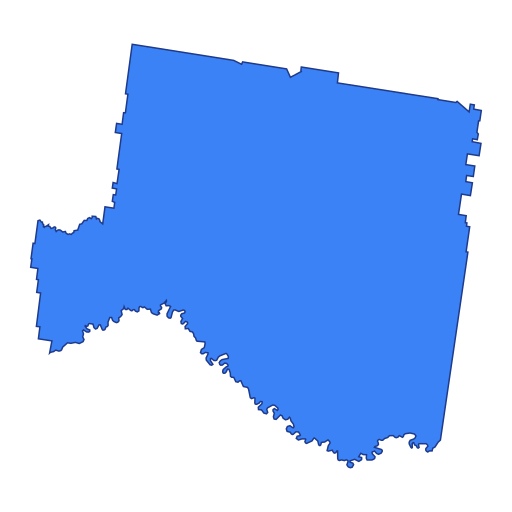 Berrigan, New South Wales, Australia (Equal Earth projection)
{"feature_id": "25037944B79892386490083", "entity_name": "Berrigan", "entity_type": "district", "adm_level": 2, "iso_a3": "AUS", "parent_name": "Australia", "parent_adm1": "New South Wales", "projection": "equal_earth", "projection_center": [145.601, -35.752], "detail": "fine", "context": "isolated", "style": "filled", "palette": "blue", "viewbox_px": 512, "rotation_deg": 0, "n_neighbors": 0, "source": "geoboundaries", "source_scale": "gbopen_adm2", "svg_char_len": 6020}
<svg xmlns="http://www.w3.org/2000/svg" viewBox="0 0 512 512"><path d="M132.2,44.3L125.5,93.8L127.9,94.2L125.4,112.8L123.6,112.7L122.1,124.3L116.6,123.4L115.3,132.5L121.7,133.5L116.9,169.0L119.1,169.4L117.0,183.6L113.1,182.5L112.3,188.1L116.6,188.9L115.7,195.0L113.3,194.6L112.3,201.3L114.7,202.4L113.9,208.2L105.0,206.8L102.7,223.9L99.9,221.6L99.8,220.3L98.9,218.8L97.1,218.3L96.4,218.9L95.8,216.5L92.2,216.2L92.2,217.6L91.2,218.7L89.6,217.6L87.7,218.5L86.8,220.5L84.2,220.4L81.7,223.9L79.7,224.3L77.7,230.1L74.1,230.7L73.7,232.6L72.5,233.1L71.3,234.4L69.6,233.9L67.9,234.4L66.0,233.1L65.4,231.5L62.7,232.0L60.5,230.2L58.9,229.8L57.4,230.3L56.2,231.5L55.3,229.8L55.8,228.0L55.4,227.2L54.2,226.9L53.1,227.9L51.0,228.4L49.8,226.5L48.3,226.1L48.5,224.7L45.9,226.5L44.8,226.4L44.2,227.3L43.4,226.6L43.6,224.5L42.6,223.8L42.4,222.1L41.4,222.1L39.9,220.1L38.0,220.7L34.9,243.5L33.1,243.2L31.0,258.7L31.9,258.8L30.7,267.3L37.9,268.5L36.5,279.4L38.4,279.7L36.7,292.4L40.6,293.0L36.4,326.4L39.9,326.8L38.4,338.8L51.9,340.9L49.6,353.1L50.5,352.3L53.6,351.6L55.7,350.1L58.9,351.1L60.8,350.6L61.6,349.8L62.7,347.1L67.5,342.8L70.8,343.3L75.4,342.4L79.3,343.5L83.1,341.6L84.0,339.5L82.7,336.9L83.5,333.9L82.5,330.9L83.6,329.9L86.4,331.9L88.5,332.1L89.7,331.5L89.8,330.0L87.0,328.8L85.1,326.3L85.3,325.6L86.6,326.3L87.8,326.0L88.6,324.0L89.3,323.5L93.0,324.1L94.0,327.6L95.5,329.0L97.1,328.4L99.0,324.9L100.3,324.8L102.1,329.2L102.6,330.0L103.9,330.1L105.0,329.4L106.0,326.9L107.4,326.5L108.1,325.4L108.0,322.1L109.8,317.5L111.6,317.5L112.6,320.3L113.9,321.5L116.3,322.6L117.7,322.3L119.0,320.8L118.7,317.9L120.6,316.6L122.1,314.6L121.2,310.6L123.7,308.6L124.1,306.7L125.0,309.0L125.7,309.5L126.9,309.5L128.0,308.2L130.8,310.5L131.9,310.8L133.3,309.6L134.5,309.7L135.4,311.1L137.3,311.9L138.9,310.9L139.0,307.7L139.7,306.6L140.7,306.5L142.9,307.7L144.4,306.9L147.2,309.3L150.4,309.1L151.5,312.6L153.2,313.8L157.1,315.1L159.6,313.6L159.2,312.5L158.7,312.5L159.0,313.5L158.3,312.6L158.5,310.8L161.4,308.8L161.6,307.3L160.4,306.0L160.5,304.9L164.0,303.1L166.4,300.4L166.5,301.2L165.2,303.8L166.2,305.8L169.1,305.6L170.6,306.5L167.0,313.9L167.1,316.2L168.5,317.8L170.1,318.2L171.0,317.7L172.5,311.9L173.8,310.0L175.1,309.9L178.8,311.5L183.3,310.0L184.6,310.5L185.1,311.8L184.6,312.9L181.7,313.8L180.7,315.2L180.8,316.4L182.6,318.6L180.9,321.4L181.3,323.5L182.4,324.0L183.4,323.6L185.5,321.4L187.2,322.0L187.7,323.0L187.4,323.9L185.1,326.5L185.3,328.8L188.3,328.5L190.0,331.4L192.4,331.9L193.6,333.8L194.0,336.3L195.6,338.0L196.3,340.4L197.0,341.2L204.8,341.9L205.1,343.6L204.3,347.6L201.4,349.5L200.5,352.6L201.8,353.8L203.2,353.7L205.4,352.4L208.0,352.8L208.0,354.1L206.1,358.0L206.3,360.1L210.1,364.8L211.7,365.2L212.9,364.3L210.4,360.6L210.5,358.5L211.4,358.4L214.0,360.5L215.7,360.6L216.7,360.2L218.3,357.1L220.0,355.8L226.0,353.4L226.9,354.0L228.4,356.5L228.2,358.4L222.1,359.6L220.3,360.9L219.2,362.6L219.8,364.5L220.7,365.2L222.5,365.0L224.6,363.1L226.6,363.4L228.1,365.1L227.9,366.2L226.3,366.8L223.2,369.5L222.7,371.2L222.9,372.6L223.4,373.2L224.9,373.2L226.2,371.9L227.5,369.1L229.0,369.3L230.3,373.0L230.5,376.3L231.5,377.2L233.8,377.4L235.8,381.7L238.0,382.2L239.6,380.8L240.8,380.7L243.4,386.5L247.6,387.4L248.6,389.3L250.3,397.7L251.6,398.6L254.0,397.7L255.0,398.2L254.8,402.9L255.3,404.1L256.7,404.3L259.1,403.1L260.4,401.5L262.0,401.6L262.2,402.5L261.8,403.9L258.3,407.2L258.5,409.6L261.5,409.9L263.9,413.1L266.5,413.8L267.7,412.4L266.7,409.4L267.5,407.9L272.7,405.0L274.7,405.3L277.8,408.0L278.1,409.5L277.3,410.4L274.4,408.6L273.1,409.5L273.0,411.0L274.3,413.2L273.4,416.8L274.1,419.0L276.1,419.4L280.4,415.0L282.1,415.8L283.1,418.2L285.5,419.8L287.8,419.2L289.4,417.2L290.2,418.0L291.0,420.9L293.4,424.1L294.0,426.6L293.5,427.7L292.6,427.6L289.9,425.7L287.4,426.5L286.3,428.9L287.1,431.4L290.2,432.2L291.3,433.9L292.4,434.5L293.3,434.2L295.9,431.8L298.6,432.0L300.4,435.1L299.9,435.7L297.2,436.2L296.3,438.4L298.4,440.0L301.9,438.9L305.4,438.9L305.7,439.4L304.9,441.7L305.6,443.0L306.6,443.4L312.0,440.9L313.8,438.2L314.4,438.0L317.8,441.0L318.7,444.9L319.9,445.6L320.7,445.0L321.4,442.4L324.7,442.0L328.0,439.9L329.7,441.6L330.1,443.0L328.3,445.7L327.1,450.6L328.3,451.1L332.2,450.2L333.7,452.7L334.5,453.1L335.6,452.8L337.0,450.9L337.6,451.0L337.7,458.3L338.1,459.8L339.3,460.5L341.6,459.9L344.3,460.6L346.3,459.8L347.8,460.6L348.1,461.2L346.9,464.8L348.0,466.6L349.1,467.3L350.5,467.7L352.2,467.2L353.6,464.7L352.8,463.1L350.1,462.2L350.0,460.9L354.6,459.3L358.8,461.4L361.3,459.9L361.7,459.1L361.6,457.5L358.7,456.7L360.8,453.3L363.2,454.6L366.5,454.7L366.3,458.2L367.1,460.0L371.9,460.0L373.9,459.1L374.8,458.1L375.0,456.7L372.5,454.0L372.0,452.7L372.3,451.9L374.6,451.1L376.5,453.4L378.5,454.3L381.1,453.2L382.2,451.5L382.2,450.3L381.4,449.5L374.4,447.3L374.8,446.6L377.2,445.8L378.4,444.6L378.3,443.1L377.5,441.1L377.8,440.3L379.1,439.4L381.5,440.3L382.8,440.2L384.6,438.5L387.7,437.5L389.4,435.7L393.3,435.6L394.9,437.2L396.1,437.7L397.9,437.2L399.3,435.6L402.4,437.3L403.3,436.6L404.0,434.6L405.4,433.7L410.0,433.0L414.4,434.0L415.9,435.8L415.3,437.7L413.8,439.0L410.2,440.3L409.2,442.1L409.2,443.9L411.0,447.5L411.7,448.0L412.3,447.6L412.2,443.6L413.1,442.6L413.7,442.7L414.7,445.0L416.2,445.6L417.3,447.7L418.2,448.1L419.1,447.4L418.5,444.6L419.0,443.7L426.2,443.7L427.5,444.9L427.9,446.2L425.9,448.5L425.7,449.9L426.4,451.2L427.8,452.0L429.4,450.9L432.1,450.9L432.8,448.2L435.0,447.0L438.1,442.2L440.4,440.1L467.9,252.1L466.1,251.8L469.7,226.8L466.5,226.2L466.9,222.9L465.3,222.7L466.2,215.7L458.5,214.4L461.5,194.1L470.4,195.6L472.4,182.8L465.8,181.6L466.6,175.5L473.3,176.5L474.8,166.0L465.8,164.6L467.4,153.9L479.1,155.7L481.0,143.4L472.2,141.7L472.6,138.8L477.3,139.7L478.3,134.0L476.9,132.3L478.6,120.9L479.8,120.8L481.3,110.5L473.7,109.1L474.3,104.9L470.3,104.2L469.1,111.9L457.1,101.4L455.9,102.5L437.9,99.6L438.0,98.7L337.4,82.9L338.5,72.9L301.3,67.0L300.9,70.5L301.3,71.5L290.4,77.3L286.6,68.9L242.6,61.9L241.6,64.3L233.7,60.4L132.2,44.3Z" fill="#3b82f6" stroke="#1e3a8a" stroke-width="1.5"/></svg>